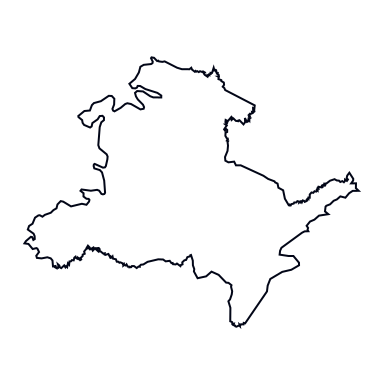 outline of Seka, Bueng Kan, Thailand, rotated 91°
{"feature_id": "78962969B66355346971085", "entity_name": "Seka", "entity_type": "district", "adm_level": 2, "iso_a3": "THA", "parent_name": "Thailand", "parent_adm1": "Bueng Kan", "projection": "albers", "projection_center": [103.903, 18.0], "detail": "fine", "context": "isolated", "style": "outline", "palette": "ink", "viewbox_px": 384, "rotation_deg": 91, "n_neighbors": 0, "source": "geoboundaries", "source_scale": "gbopen_adm2", "svg_char_len": 5991}
<svg xmlns="http://www.w3.org/2000/svg" viewBox="0 0 384 384"><g transform="rotate(91 192 192)"><path d="M268.8,329.7L268.4,327.5L269.5,327.9L270.6,325.9L269.7,325.8L270.1,324.5L269.0,324.0L266.7,324.7L267.8,323.4L269.6,322.8L270.4,321.4L267.6,318.5L269.5,317.3L268.4,316.6L269.4,315.5L265.5,314.8L266.8,313.6L263.6,313.3L263.4,311.8L262.2,310.9L262.4,309.1L259.7,308.5L258.7,307.3L260.0,306.8L260.7,305.6L259.6,305.1L260.7,304.3L259.5,303.4L261.0,303.7L262.1,302.7L261.4,301.6L259.9,302.3L258.1,300.3L256.5,300.2L255.6,298.2L253.4,298.8L250.8,296.8L249.9,294.9L249.4,296.2L247.5,295.1L249.3,293.3L250.5,293.7L251.2,293.0L249.2,289.6L250.6,289.1L251.7,290.6L252.4,290.2L249.8,287.8L250.1,286.2L251.0,287.0L252.3,285.5L249.8,285.9L249.6,284.3L250.8,283.3L252.4,284.1L253.1,283.7L252.8,282.6L255.1,279.7L254.8,278.2L256.0,278.4L256.4,277.6L255.4,274.5L259.3,272.4L259.1,271.4L258.1,271.6L258.6,270.8L257.9,270.3L260.0,269.8L260.6,266.9L263.0,266.0L263.0,264.3L264.0,263.4L263.6,262.3L264.7,259.8L265.2,259.8L264.9,258.9L266.7,259.2L266.1,258.4L266.6,257.1L265.5,256.2L267.7,255.0L267.8,253.2L268.4,253.2L268.2,251.5L267.1,250.8L267.1,248.6L269.0,246.0L267.5,244.2L267.6,242.9L266.8,243.0L265.6,241.8L265.3,239.4L262.6,235.2L259.9,224.6L260.0,219.7L261.8,217.1L261.2,213.1L263.5,211.3L263.3,210.1L264.5,209.7L264.7,207.0L263.8,205.8L266.3,202.3L265.3,202.0L264.5,200.2L262.5,200.5L260.4,198.4L260.0,196.7L257.2,195.5L256.2,192.5L255.3,192.6L255.0,191.9L260.6,190.0L265.3,189.8L269.0,188.4L271.4,188.7L278.1,184.9L276.1,176.4L271.3,171.1L274.4,163.9L282.0,156.3L282.2,153.9L284.5,150.9L286.1,151.3L290.5,150.1L293.8,150.5L298.7,152.1L300.6,153.7L307.1,151.6L320.6,151.5L321.4,149.6L323.1,149.4L322.9,148.9L323.6,148.7L323.2,147.9L324.4,148.2L324.8,146.6L325.5,146.4L325.9,145.3L324.6,142.5L325.2,141.9L323.7,142.2L324.5,141.3L323.4,140.7L323.5,138.2L322.0,138.0L322.4,136.6L290.1,115.3L284.3,114.7L277.6,112.2L270.3,100.4L268.0,91.3L263.4,83.7L260.8,83.8L254.2,89.5L254.3,94.4L253.1,103.3L249.2,102.9L246.2,101.6L230.8,81.3L229.4,78.7L229.2,75.0L227.7,75.8L225.9,75.3L223.8,76.8L219.5,73.5L217.5,69.1L213.4,64.6L211.8,55.3L209.1,58.7L204.3,58.2L203.4,57.4L201.9,53.7L198.3,50.2L196.9,47.0L193.8,43.6L195.0,38.5L190.5,34.9L188.1,31.4L187.9,25.4L185.3,28.2L180.5,28.2L180.6,33.0L177.8,31.1L176.0,31.0L170.0,35.0L172.9,37.1L175.4,37.6L176.8,36.3L178.2,37.3L176.9,39.2L178.4,39.3L179.6,40.3L178.5,41.9L179.4,43.9L178.1,45.2L177.9,47.5L176.7,49.7L178.3,54.2L181.1,57.7L181.3,59.6L182.6,58.8L183.3,59.2L182.6,60.9L183.3,62.3L184.4,62.4L184.7,61.6L185.2,62.2L184.5,65.7L185.7,66.3L185.6,65.6L186.4,65.5L186.1,66.4L187.5,66.4L186.9,66.8L187.5,67.3L188.7,66.8L189.4,67.7L189.1,69.5L190.7,70.7L190.4,72.5L192.4,74.2L195.6,74.2L195.5,75.4L196.9,75.4L196.6,75.9L197.5,76.3L197.1,76.7L198.1,77.4L198.7,76.9L199.3,77.8L199.9,79.1L198.9,79.8L198.5,81.1L200.5,82.0L199.6,82.6L200.4,83.4L199.7,83.7L200.4,84.5L199.8,84.4L199.3,86.5L200.6,87.4L200.7,89.6L201.8,90.1L202.4,92.4L203.5,93.0L203.0,93.9L203.8,94.1L203.6,95.0L197.1,99.0L188.7,100.9L186.2,105.7L182.1,106.6L180.9,109.1L179.9,109.7L177.6,116.1L174.5,120.9L164.5,143.7L164.6,148.5L160.9,150.4L161.7,156.1L160.1,159.2L156.5,159.6L150.3,157.2L145.0,156.8L141.6,157.3L140.6,156.8L140.1,158.0L138.7,157.0L138.0,157.2L138.1,157.9L135.3,159.6L132.1,159.5L131.4,157.9L129.3,157.9L128.2,159.3L130.0,160.1L128.8,161.0L124.9,158.4L123.7,160.0L123.4,158.6L122.4,158.1L121.5,159.8L119.4,159.6L120.5,157.4L116.2,153.9L117.3,153.0L118.0,154.1L119.3,153.7L117.7,151.9L120.1,149.4L120.4,147.0L119.7,146.9L119.4,145.8L123.5,141.7L121.2,140.1L117.1,140.4L121.0,138.3L120.5,137.3L118.6,136.9L119.7,135.9L117.6,135.9L117.1,135.2L116.8,136.0L115.6,135.5L115.5,136.3L114.4,135.9L114.0,136.6L112.7,135.4L113.0,134.9L112.2,133.1L111.2,133.3L111.6,132.5L110.3,132.1L110.9,131.7L110.4,131.0L109.0,131.3L109.4,132.3L107.0,132.4L107.6,131.1L104.3,130.8L89.5,160.6L87.5,161.5L86.2,163.1L84.3,161.8L82.0,162.1L80.6,164.6L79.6,164.7L78.7,167.5L76.4,167.4L76.1,168.0L76.0,167.1L74.4,167.4L73.6,168.5L72.7,168.4L72.9,169.3L70.3,169.9L70.7,170.4L69.6,170.9L70.0,171.7L67.4,172.5L72.5,174.0L72.5,175.5L73.6,175.3L73.9,176.6L74.8,176.6L74.4,177.3L75.6,177.9L75.1,178.6L76.3,178.7L74.6,181.3L73.5,182.1L72.3,181.2L71.3,183.0L72.0,183.4L71.1,186.1L72.0,187.3L71.1,188.8L71.6,189.9L70.9,190.5L71.7,191.3L69.6,194.1L67.8,194.9L69.3,196.7L69.4,204.2L68.0,209.1L61.9,221.6L62.4,223.9L62.0,227.4L61.3,228.0L61.7,229.1L58.5,232.3L58.1,234.8L58.9,235.3L62.4,233.5L63.9,233.8L64.8,235.2L65.7,242.5L67.7,245.8L73.4,247.2L80.0,250.9L84.9,256.5L89.2,253.5L89.4,250.5L88.5,248.8L86.9,248.2L86.9,245.7L89.9,240.4L93.5,228.3L96.1,224.4L98.0,224.4L98.1,232.3L97.0,235.4L92.3,242.7L92.0,248.6L93.9,250.7L97.4,249.7L100.4,247.8L105.6,242.5L108.0,241.4L109.6,241.8L110.3,245.0L105.1,254.5L104.4,258.2L105.2,260.3L109.1,264.8L112.7,270.9L112.0,272.3L110.3,273.0L105.9,271.4L100.1,271.3L97.4,273.9L97.3,276.9L102.8,284.7L104.8,291.6L106.9,293.6L112.3,295.5L112.9,301.0L118.0,307.0L119.1,306.8L122.0,303.1L124.7,302.6L126.8,301.1L129.3,295.0L128.2,293.5L124.8,292.8L121.0,287.6L117.7,285.6L117.4,282.8L119.0,281.3L121.7,281.3L123.9,283.9L128.7,285.4L146.8,286.5L150.0,285.3L155.8,278.0L158.0,277.0L160.9,277.2L167.6,278.6L168.9,279.5L169.2,281.4L165.6,289.8L166.2,290.6L167.7,290.8L170.1,290.1L171.7,284.5L174.0,282.3L182.1,280.0L194.3,278.9L195.5,279.6L195.9,281.0L195.5,282.5L192.3,284.8L191.5,286.9L192.5,293.1L191.4,302.5L192.8,303.5L195.1,300.4L198.4,300.4L200.6,297.4L200.7,295.2L201.7,294.4L203.4,294.8L206.6,297.3L205.7,301.9L208.5,312.7L203.9,320.6L203.4,323.1L206.8,326.3L210.7,327.2L212.5,330.2L215.2,332.8L217.4,338.7L219.3,341.1L217.9,343.8L218.1,345.2L220.4,348.5L226.5,350.9L228.8,354.3L232.4,355.5L236.4,349.7L238.8,348.6L241.8,348.4L242.7,349.8L239.9,351.0L239.6,352.3L244.0,357.2L246.3,358.6L246.8,354.6L251.8,350.3L250.8,346.6L251.3,345.6L254.7,343.9L258.5,346.6L260.6,345.9L261.0,341.2L259.8,335.5L260.8,332.1L262.9,330.3L268.8,329.7Z" fill="none" stroke="#020617" stroke-width="2"/></g></svg>